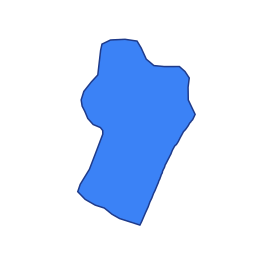 outline of Parque del Plata, Canelones, Uruguay, rotated 317°
{"feature_id": "84410073B26612112301697", "entity_name": "Parque del Plata", "entity_type": "district", "adm_level": 2, "iso_a3": "URY", "parent_name": "Uruguay", "parent_adm1": "Canelones", "projection": "robinson", "projection_center": [-55.721, -34.756], "detail": "fine", "context": "isolated", "style": "filled", "palette": "blue", "viewbox_px": 256, "rotation_deg": 317, "n_neighbors": 0, "source": "geoboundaries", "source_scale": "gbopen_adm2", "svg_char_len": 1241}
<svg xmlns="http://www.w3.org/2000/svg" viewBox="0 0 256 256"><g transform="rotate(317 128 128)"><path d="M70.5,207.1L73.8,205.9L75.2,205.3L78.8,203.7L82.9,201.9L89.0,199.4L93.6,197.0L97.6,195.5L102.0,193.3L105.0,192.2L111.1,189.4L112.8,188.7L114.3,187.8L115.6,187.3L116.7,186.9L117.7,186.3L118.8,185.8L119.7,185.3L120.6,184.8L121.5,184.5L122.2,184.3L123.0,183.8L123.7,183.2L125.0,182.7L126.2,182.2L127.5,181.8L128.8,181.1L129.9,180.4L131.6,179.9L133.5,179.2L135.1,178.6L137.4,177.8L139.8,176.9L141.6,176.3L143.6,175.3L144.9,174.7L146.1,174.2L146.9,174.0L148.6,173.4L150.5,172.9L152.0,173.1L155.5,172.2L159.5,170.7L166.1,168.5L168.2,168.4L169.8,168.2L171.7,167.8L173.6,167.4L175.1,166.9L176.8,166.4L177.9,166.4L179.0,166.1L180.9,166.0L184.0,164.8L186.4,163.8L191.2,148.6L199.7,139.2L206.9,133.2L208.2,125.6L207.5,118.1L196.5,107.9L189.5,100.0L188.3,90.1L192.2,78.5L193.9,70.6L186.3,61.1L176.9,53.1L175.2,51.7L166.2,48.9L161.1,52.4L146.9,64.5L142.1,68.6L132.6,69.3L120.7,71.1L112.9,75.5L109.4,80.7L107.7,86.6L105.1,93.6L104.9,101.7L108.1,108.8L107.8,112.6L105.4,115.3L89.2,123.3L71.6,131.9L54.7,136.6L47.8,140.3L48.0,151.0L51.4,162.0L56.1,170.4L57.5,180.3L60.1,188.5L70.5,207.1Z" fill="#3b82f6" stroke="#1e3a8a" stroke-width="1.5"/></g></svg>